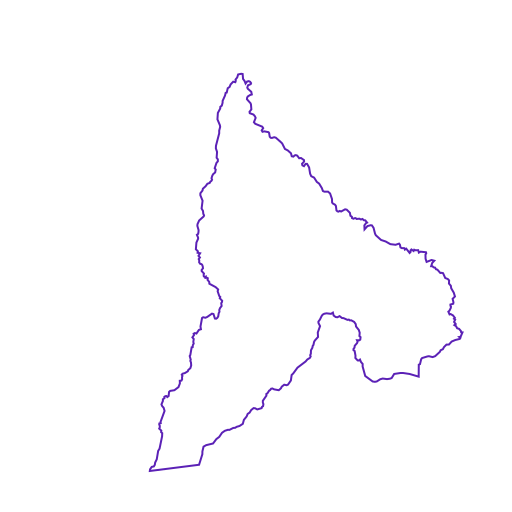 São José do Rio Claro, Mato Grosso, Brazil (Mercator projection), rotated 340°
{"feature_id": "56859067B99749673428904", "entity_name": "São José do Rio Claro", "entity_type": "district", "adm_level": 2, "iso_a3": "BRA", "parent_name": "Brazil", "parent_adm1": "Mato Grosso", "projection": "mercator", "projection_center": [-56.788, -13.44], "detail": "fine", "context": "isolated", "style": "outline", "palette": "violet", "viewbox_px": 512, "rotation_deg": 340, "n_neighbors": 0, "source": "geoboundaries", "source_scale": "gbopen_adm2", "svg_char_len": 6131}
<svg xmlns="http://www.w3.org/2000/svg" viewBox="0 0 512 512"><g transform="rotate(340 256 256)"><path d="M419.1,403.6L420.0,402.9L419.3,401.6L420.7,401.8L423.9,398.4L422.7,397.8L422.9,396.6L421.9,393.9L420.3,392.7L420.0,390.4L418.8,388.8L420.4,388.2L419.6,385.7L421.4,383.9L420.6,382.7L421.7,382.1L420.8,379.2L419.0,377.1L417.9,377.1L417.7,374.1L419.0,373.6L421.3,371.4L421.9,370.3L421.7,369.3L422.1,368.1L425.0,368.3L425.7,367.1L426.1,363.5L429.1,362.1L429.3,358.1L428.4,353.1L428.9,350.6L427.9,347.9L429.1,345.0L428.4,343.3L426.3,341.4L425.9,336.1L424.7,335.3L423.4,335.0L421.8,330.9L420.6,330.0L420.3,328.2L419.0,327.4L418.3,326.0L417.1,325.5L419.2,322.8L421.9,321.4L419.6,319.8L414.3,319.9L414.4,316.6L415.7,312.7L416.9,311.7L417.0,310.6L412.1,308.2L410.2,308.5L410.4,306.0L407.9,305.2L406.8,304.2L405.8,305.2L404.3,303.0L403.2,303.5L402.7,305.0L401.4,305.7L399.7,300.5L398.1,300.9L398.1,299.4L395.6,298.4L394.7,297.3L395.1,294.7L394.7,293.3L391.0,293.2L386.3,290.8L382.8,286.7L379.0,283.7L375.7,277.5L375.5,275.7L376.1,269.8L375.4,266.9L374.3,266.3L371.0,266.0L367.1,268.1L368.3,264.3L370.7,262.7L371.8,262.6L370.9,259.9L369.6,259.3L368.7,257.6L367.1,257.6L365.9,256.3L363.2,255.6L362.6,254.5L361.6,254.2L360.3,254.3L359.2,253.2L359.5,251.9L358.5,250.5L359.0,247.5L357.1,243.5L355.7,242.6L351.2,243.3L350.1,242.3L348.6,242.5L347.8,241.9L347.2,240.7L348.2,236.3L347.8,234.8L346.2,233.0L345.8,231.8L346.9,228.4L347.0,222.6L345.7,220.2L342.2,218.9L341.1,217.8L341.1,214.7L340.1,209.6L338.5,207.2L337.4,202.2L335.2,199.9L335.0,197.2L336.2,190.9L335.5,186.9L334.1,186.4L331.8,188.0L330.6,186.7L330.8,185.1L333.5,183.7L333.9,182.3L331.8,179.3L330.0,178.9L329.1,175.8L327.9,174.8L326.7,174.7L325.1,175.4L323.7,174.5L324.0,171.5L322.0,167.7L319.8,165.3L319.1,159.2L318.4,157.7L315.1,151.6L313.7,150.6L311.3,150.5L310.2,149.9L309.7,148.6L310.4,144.9L310.1,143.9L306.4,141.7L304.6,141.5L304.3,139.9L306.5,138.3L306.1,136.6L300.5,131.5L299.8,129.6L302.9,126.1L302.8,124.4L302.0,122.2L299.0,119.7L299.2,118.3L301.8,116.6L303.1,111.9L303.1,110.6L301.1,105.6L301.8,104.2L302.8,103.3L305.5,102.7L307.3,102.8L307.7,100.1L305.5,96.0L305.4,94.8L306.8,92.9L309.8,92.7L310.5,91.9L310.1,90.3L309.0,89.2L307.3,89.0L305.2,90.4L305.1,87.5L304.4,85.2L305.7,80.4L304.4,79.7L301.3,79.3L299.4,81.8L297.1,83.2L296.9,84.5L296.0,85.6L294.2,84.4L290.8,86.1L289.0,88.1L286.8,88.7L284.4,92.4L283.3,92.3L281.8,94.6L277.7,98.8L277.0,100.6L275.3,103.0L273.5,103.6L272.8,105.2L269.1,108.5L266.5,114.4L266.8,120.7L266.5,122.4L264.3,125.6L263.4,128.1L256.1,138.7L255.1,141.1L255.0,144.9L252.6,150.2L253.2,152.1L252.5,154.0L250.7,155.0L247.2,159.4L247.7,161.0L246.2,163.5L243.6,164.5L242.3,165.7L240.8,167.7L240.8,169.3L239.7,170.2L238.4,170.6L237.5,171.5L235.0,171.5L232.5,173.2L229.1,174.6L228.1,176.2L225.2,178.0L224.5,179.8L224.7,185.8L221.1,192.8L221.6,195.6L220.9,198.3L221.1,200.0L220.4,200.9L214.7,203.2L211.9,206.1L211.2,207.6L210.9,212.0L210.2,213.7L209.2,215.4L207.7,215.9L207.9,218.7L207.5,220.0L204.6,223.0L201.8,229.1L203.0,231.7L202.2,233.0L204.4,234.3L202.0,236.2L202.8,238.2L201.1,239.3L201.2,240.7L200.4,242.5L200.9,244.3L202.0,245.0L202.4,246.0L202.4,247.5L202.0,249.4L200.1,250.6L199.8,251.6L201.1,254.7L200.3,255.9L200.0,257.3L200.7,258.2L201.7,258.2L201.1,259.3L202.4,259.6L203.1,260.4L202.3,261.8L203.2,264.4L202.7,266.1L207.4,271.4L209.0,274.5L207.9,276.0L207.8,281.0L208.4,282.3L207.5,283.2L208.9,286.5L208.3,287.6L207.2,288.4L206.6,291.2L204.3,292.7L203.0,294.2L202.6,295.9L201.4,297.0L199.8,299.9L198.3,301.0L197.1,301.3L196.0,300.7L196.2,296.0L194.9,295.1L189.3,296.6L187.3,296.7L185.4,295.5L184.1,295.8L179.7,303.3L179.2,306.0L177.1,305.9L173.5,308.5L172.2,307.5L170.8,307.7L170.7,309.1L168.4,310.7L169.1,312.7L167.7,315.3L167.5,317.0L166.2,318.1L165.3,320.0L164.3,319.8L160.4,326.6L159.5,327.3L159.2,331.1L158.4,332.1L158.5,333.7L157.7,336.6L156.0,338.9L153.3,340.0L152.5,341.0L149.1,341.7L146.7,341.5L145.6,342.2L145.9,343.5L145.1,344.4L144.4,346.6L143.3,347.6L141.7,347.2L140.9,349.7L138.3,352.7L133.4,354.2L129.2,353.4L127.8,354.0L126.0,357.7L124.4,358.2L124.0,357.0L122.9,356.7L121.7,357.0L121.4,358.2L119.5,358.8L118.9,360.4L116.4,363.1L116.5,365.0L117.3,366.9L117.1,370.3L109.6,379.2L109.3,380.5L107.9,380.3L107.4,381.3L107.5,382.7L106.9,384.2L106.0,385.1L107.3,387.7L106.6,389.0L107.3,390.4L106.1,393.3L99.5,404.0L97.4,405.7L93.2,413.1L90.6,415.6L89.5,417.6L88.0,418.8L85.9,418.5L83.5,420.2L82.7,421.7L131.1,432.7L137.8,423.9L138.8,421.3L141.5,417.2L144.5,416.7L151.5,417.5L156.1,414.5L159.6,413.4L163.6,410.5L166.9,409.6L170.1,409.7L171.6,410.3L175.8,409.8L177.8,410.3L179.3,409.9L182.4,410.1L186.2,409.2L188.6,405.8L192.3,403.6L194.2,401.5L196.4,401.0L198.8,399.1L201.7,398.1L203.1,398.8L204.7,400.6L209.2,400.9L210.0,399.9L211.3,399.5L212.3,397.7L212.3,396.1L212.9,394.4L218.0,390.8L218.5,389.2L219.8,388.9L222.3,387.0L223.4,386.8L224.8,385.9L226.1,386.1L227.4,387.5L231.5,389.9L234.1,388.9L235.5,387.6L238.5,386.6L240.6,387.9L242.1,387.8L246.2,384.9L248.8,380.0L250.8,379.1L256.8,375.1L266.5,372.1L268.8,370.8L271.7,370.2L273.0,369.1L273.0,367.7L274.1,366.6L275.4,363.4L277.6,361.5L278.6,359.8L279.6,359.2L281.1,356.7L282.3,355.6L286.6,353.3L287.9,349.0L292.2,343.8L291.8,340.2L292.2,339.0L294.3,337.6L297.2,334.8L298.6,333.9L300.4,333.6L302.7,334.0L306.7,336.0L308.9,335.5L308.6,338.5L310.0,340.6L311.5,341.4L314.0,341.1L315.6,343.7L317.0,344.3L320.1,347.3L321.5,347.5L322.1,348.6L323.5,349.0L325.7,351.5L326.4,354.1L325.9,356.5L327.3,360.6L327.2,363.6L325.8,366.6L326.5,368.0L325.4,370.2L324.4,370.6L322.1,369.7L322.2,371.2L321.2,372.4L318.1,374.1L317.2,375.8L315.8,376.7L315.4,377.8L316.2,379.0L315.4,383.7L314.5,385.8L315.8,388.9L316.9,389.4L318.3,388.9L318.4,391.5L319.3,393.9L318.4,396.3L317.6,406.1L322.7,413.8L324.7,414.9L326.6,415.2L330.6,414.3L333.2,414.5L337.0,416.5L339.8,417.1L341.7,417.1L345.5,414.1L351.5,415.3L354.3,416.3L360.0,419.4L367.6,425.0L371.8,413.8L373.1,413.7L375.9,409.5L377.2,408.7L382.7,409.0L384.2,409.3L387.4,411.4L390.1,411.4L395.9,409.0L397.3,407.7L399.7,407.5L401.5,405.9L404.7,404.4L407.0,405.2L410.6,403.3L414.6,403.1L419.1,403.6Z" fill="none" stroke="#5b21b6" stroke-width="2"/></g></svg>